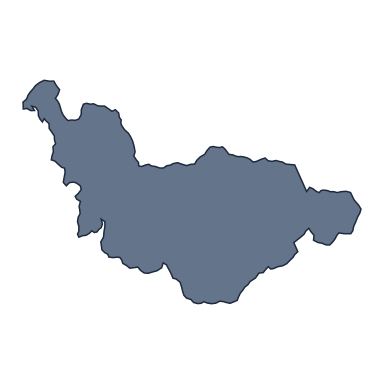 outline of Mirim Doce, Santa Catarina, Brazil
{"feature_id": "56859067B1000526866596", "entity_name": "Mirim Doce", "entity_type": "district", "adm_level": 2, "iso_a3": "BRA", "parent_name": "Brazil", "parent_adm1": "Santa Catarina", "projection": "robinson", "projection_center": [-50.194, -27.174], "detail": "fine", "context": "isolated", "style": "filled", "palette": "slate", "viewbox_px": 384, "rotation_deg": 0, "n_neighbors": 0, "source": "geoboundaries", "source_scale": "gbopen_adm2", "svg_char_len": 3282}
<svg xmlns="http://www.w3.org/2000/svg" viewBox="0 0 384 384"><path d="M53.8,81.1L49.6,81.2L44.1,80.3L39.0,82.9L35.4,85.7L33.1,88.8L30.2,92.1L28.0,95.3L26.6,99.1L23.0,102.1L23.2,105.6L23.2,109.0L26.9,108.5L30.7,110.6L34.5,110.5L31.9,106.1L35.7,107.3L38.2,111.0L38.4,115.7L40.1,119.2L42.4,122.0L44.2,118.7L46.4,121.3L49.0,123.5L49.2,128.5L52.1,132.6L54.3,135.9L54.5,140.1L55.6,143.8L53.0,146.7L53.3,151.8L52.0,156.0L51.3,159.9L54.8,161.0L58.7,164.7L61.7,167.3L64.6,168.2L65.1,172.2L64.3,176.6L63.3,182.4L66.3,185.8L69.5,182.6L73.5,182.1L76.4,183.0L80.3,185.8L81.2,189.6L78.6,193.1L75.2,196.3L76.7,199.2L80.4,201.3L79.1,206.5L79.7,209.7L80.1,213.7L78.2,217.1L77.5,221.6L78.9,226.7L78.8,231.3L77.5,234.1L78.9,237.2L82.5,235.7L86.1,235.3L89.5,233.2L91.8,230.8L94.3,232.5L96.9,232.0L98.7,229.6L101.2,227.6L102.5,224.0L101.2,219.2L104.9,221.7L104.9,226.4L104.0,231.7L103.5,237.2L100.8,241.9L101.5,246.4L101.9,249.8L104.6,252.5L107.7,254.2L108.9,257.1L113.0,257.6L117.0,257.2L119.8,257.4L121.7,260.0L122.8,263.4L126.7,265.6L129.8,268.2L133.8,267.7L137.9,267.1L140.4,270.3L144.2,273.0L148.2,273.3L152.8,271.9L157.2,270.7L161.7,267.7L163.1,262.9L166.5,264.8L167.9,267.7L170.0,271.4L171.5,274.7L173.0,278.2L176.1,279.0L180.1,282.2L181.7,287.3L182.7,291.6L184.0,295.4L186.5,298.1L190.9,299.5L193.6,302.5L197.7,303.6L201.1,303.3L203.9,301.7L207.5,303.1L211.5,303.7L215.7,303.2L219.8,301.2L223.3,301.6L226.3,302.5L230.1,303.3L234.4,301.6L237.2,300.4L238.6,296.7L240.3,293.2L243.0,289.9L244.8,287.1L247.9,284.7L250.1,281.5L255.5,278.0L258.9,273.1L263.2,272.6L265.7,269.5L268.2,266.7L270.7,269.0L273.5,268.6L277.8,266.7L282.6,265.8L286.7,263.7L290.2,260.1L293.0,257.4L294.7,254.6L297.8,251.7L293.8,242.6L298.0,239.3L301.7,236.3L304.2,234.1L305.6,231.3L308.8,228.3L310.8,231.5L314.0,235.3L313.5,240.2L317.9,242.5L321.8,243.2L326.1,244.9L329.8,244.9L332.8,241.9L335.1,238.8L336.9,235.3L338.9,232.9L343.9,233.7L350.8,233.7L352.8,230.8L353.7,226.4L355.8,221.7L357.5,217.2L359.8,213.1L361.0,209.1L358.5,205.0L355.9,202.1L354.0,199.7L352.5,196.6L350.5,192.5L346.1,191.3L341.1,191.7L337.2,192.6L333.9,191.7L330.2,191.7L327.6,190.6L324.2,190.1L321.3,190.4L319.1,192.6L316.3,191.4L313.2,188.9L309.7,187.3L306.6,191.5L294.7,164.9L290.5,164.5L285.9,164.1L282.3,162.0L279.6,161.5L275.8,160.5L271.9,161.4L268.0,160.7L265.1,158.0L261.2,159.3L256.2,161.5L253.0,162.0L250.0,159.3L246.8,157.7L244.0,157.0L241.2,156.5L238.4,156.7L235.4,156.0L232.7,154.8L229.0,154.4L226.6,151.2L224.8,148.9L222.4,146.8L219.4,147.6L216.4,147.2L213.2,146.5L210.1,147.1L207.1,150.4L204.6,154.4L200.1,157.0L196.8,160.3L194.6,164.1L190.8,164.3L186.7,165.6L182.2,164.3L177.6,162.7L173.1,163.6L170.2,165.2L166.7,165.7L163.5,168.0L159.7,168.0L155.1,166.4L151.5,166.0L148.9,164.3L145.8,164.9L141.7,166.5L138.7,165.9L138.5,162.6L136.3,159.9L133.8,156.0L135.1,151.9L134.1,146.4L132.7,141.3L130.5,136.6L128.3,133.1L124.8,130.0L122.3,126.5L120.8,123.5L121.2,119.9L119.3,117.3L118.7,113.1L115.3,109.7L112.0,111.3L108.6,108.9L104.7,106.1L100.7,106.1L97.7,105.8L93.7,103.8L90.1,104.2L86.7,103.3L83.4,104.2L81.3,109.7L81.2,114.5L78.8,119.0L75.4,120.3L71.5,120.0L68.0,120.6L65.7,118.3L63.0,114.8L61.5,111.4L60.4,107.7L59.3,104.0L57.6,101.0L55.4,98.4L57.9,94.6L59.6,89.7L56.7,86.1L53.8,81.1Z" fill="#64748b" stroke="#1e293b" stroke-width="1.5"/></svg>